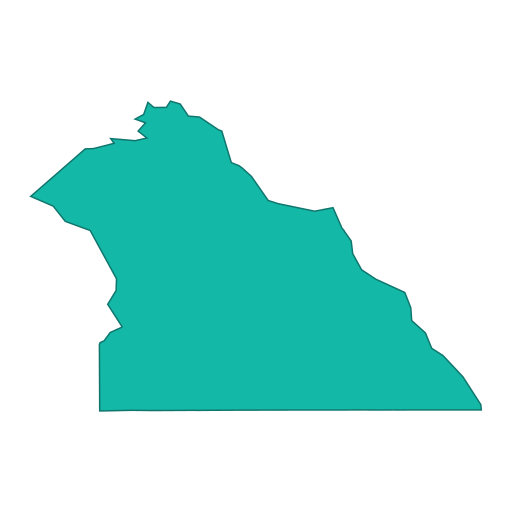 York, Pennsylvania, United States of America (Robinson projection)
{"feature_id": "52423323B25610501181533", "entity_name": "York", "entity_type": "district", "adm_level": 2, "iso_a3": "USA", "parent_name": "United States of America", "parent_adm1": "Pennsylvania", "projection": "robinson", "projection_center": [-76.736, 39.973], "detail": "fine", "context": "isolated", "style": "filled", "palette": "teal", "viewbox_px": 512, "rotation_deg": 0, "n_neighbors": 0, "source": "geoboundaries", "source_scale": "gbopen_adm2", "svg_char_len": 1143}
<svg xmlns="http://www.w3.org/2000/svg" viewBox="0 0 512 512"><path d="M170.4,101.1L166.4,107.4L153.9,107.5L147.9,102.4L143.7,114.4L135.1,119.1L145.5,122.8L138.1,131.1L146.9,138.0L135.2,140.7L110.7,138.6L114.1,143.3L93.4,148.6L85.2,148.9L59.4,171.4L30.7,196.4L53.2,206.1L65.3,221.4L90.2,230.5L116.5,278.8L116.1,290.5L107.7,304.3L122.1,326.8L121.0,327.6L110.2,332.5L104.2,340.7L103.7,341.1L102.5,341.5L100.8,342.4L100.2,342.5L99.4,344.3L99.7,410.9L103.9,410.9L131.2,410.3L150.8,410.5L154.5,410.5L159.1,410.5L195.2,410.3L196.6,410.4L206.3,410.3L242.2,410.1L244.0,410.1L251.3,410.1L295.4,410.0L315.6,410.0L341.9,410.0L354.5,409.9L379.4,410.0L391.2,410.0L391.3,409.9L398.5,410.0L402.9,410.0L410.4,409.9L410.7,409.9L481.3,409.9L480.8,404.6L462.9,376.8L443.0,355.6L431.7,348.3L425.4,332.9L411.7,320.6L410.8,307.8L404.8,292.5L376.0,279.3L361.6,269.8L352.7,253.6L351.2,241.0L344.4,231.4L344.2,230.8L342.0,228.2L333.0,207.7L314.6,211.2L277.9,203.6L268.2,200.5L251.5,176.5L242.5,168.3L239.2,165.8L231.3,162.6L221.8,131.1L218.1,129.6L199.6,117.1L196.9,116.8L188.4,116.1L180.2,104.0L170.4,101.1Z" fill="#14b8a6" stroke="#0f766e" stroke-width="1.5"/></svg>